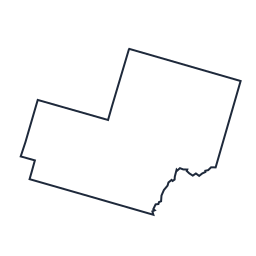 Meade, South Dakota, United States of America (Mercator projection), rotated 16°
{"feature_id": "52423323B5171660117524", "entity_name": "Meade", "entity_type": "district", "adm_level": 2, "iso_a3": "USA", "parent_name": "United States of America", "parent_adm1": "South Dakota", "projection": "mercator", "projection_center": [-102.545, 44.59], "detail": "fine", "context": "isolated", "style": "outline", "palette": "slate", "viewbox_px": 256, "rotation_deg": 16, "n_neighbors": 0, "source": "geoboundaries", "source_scale": "gbopen_adm2", "svg_char_len": 727}
<svg xmlns="http://www.w3.org/2000/svg" viewBox="0 0 256 256"><g transform="rotate(16 128 128)"><path d="M107.4,51.6L107.2,52.3L106.6,111.2L106.6,125.8L33.5,125.9L33.3,169.9L32.7,184.9L47.4,184.8L47.5,197.1L47.5,204.3L66.5,204.3L86.4,204.3L92.5,204.3L96.1,204.3L176.3,204.4L174.4,201.4L176.4,199.7L174.7,199.0L175.6,193.8L178.2,192.7L178.2,190.7L180.0,189.3L178.8,183.7L179.6,177.7L181.9,172.5L181.9,169.2L184.2,165.9L185.5,166.6L187.0,164.7L186.4,161.9L186.2,154.7L187.1,155.3L189.0,152.3L192.5,152.6L196.4,151.6L196.3,153.1L199.4,154.7L203.4,155.9L205.8,153.0L209.6,154.4L211.9,151.2L214.5,149.0L214.1,147.8L216.7,146.4L218.7,142.9L223.1,141.7L223.3,51.8L107.4,51.6Z" fill="none" stroke="#1e293b" stroke-width="2"/></g></svg>